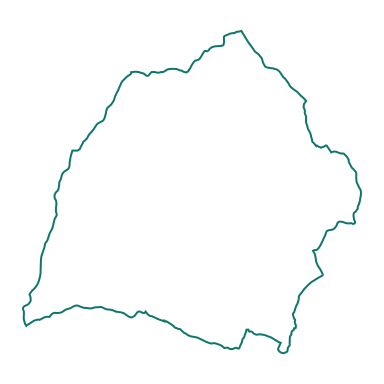 outline of Socorro, Santander, Colombia
{"feature_id": "7082276B29346978372960", "entity_name": "Socorro", "entity_type": "district", "adm_level": 2, "iso_a3": "COL", "parent_name": "Colombia", "parent_adm1": "Santander", "projection": "robinson", "projection_center": [-73.239, 6.466], "detail": "fine", "context": "isolated", "style": "outline", "palette": "teal", "viewbox_px": 384, "rotation_deg": 0, "n_neighbors": 0, "source": "geoboundaries", "source_scale": "gbopen_adm2", "svg_char_len": 5896}
<svg xmlns="http://www.w3.org/2000/svg" viewBox="0 0 384 384"><path d="M131.2,72.1L131.2,73.2L130.5,74.3L127.3,76.4L125.4,78.1L122.2,81.4L121.2,83.1L120.2,85.5L118.9,88.2L118.3,90.2L116.9,92.4L115.8,95.0L115.1,96.2L114.5,98.5L113.7,100.7L111.3,104.4L107.4,107.9L106.3,110.7L105.7,114.1L105.2,115.6L104.6,118.0L103.5,120.1L102.7,120.8L97.7,123.6L96.4,125.0L93.1,130.1L90.3,133.2L89.2,134.5L88.5,135.5L87.0,138.4L85.2,140.3L84.2,141.0L83.3,141.8L83.1,142.7L81.9,144.7L79.6,149.3L77.5,150.6L72.4,150.6L70.8,155.9L69.7,161.9L69.5,166.2L68.9,167.8L68.3,168.8L66.9,169.9L64.5,171.4L63.5,172.4L62.5,173.6L61.8,175.3L61.3,177.4L60.6,179.6L59.8,181.1L59.2,182.8L59.2,184.9L58.4,189.4L57.7,190.6L55.9,192.4L55.2,193.5L54.6,194.9L54.5,196.7L54.9,198.7L55.9,200.2L56.3,202.2L56.4,204.0L56.1,206.9L55.9,209.7L56.0,211.8L56.7,214.1L56.7,215.0L56.2,216.3L54.6,219.0L52.6,227.5L52.0,229.1L50.5,231.7L49.6,233.5L47.6,239.7L47.2,240.7L45.6,242.7L45.1,243.9L44.3,247.8L42.0,254.3L41.3,256.8L40.9,260.5L40.5,273.9L40.0,276.5L39.0,280.4L38.2,282.7L36.7,285.6L33.9,289.1L32.4,290.3L30.2,293.2L29.5,294.5L30.3,296.4L30.7,298.8L30.7,300.5L30.1,301.8L28.8,303.8L27.0,305.0L24.4,306.1L23.7,306.8L23.1,307.8L23.0,308.9L23.9,311.8L23.9,313.1L23.7,318.7L24.8,323.1L25.2,324.1L25.9,325.0L26.3,325.9L27.3,324.9L29.0,324.0L32.4,321.7L34.1,320.7L35.2,320.2L36.3,320.1L37.9,319.5L38.4,319.5L39.4,319.9L40.8,319.3L42.9,318.1L44.5,317.3L46.7,316.8L48.5,316.8L49.2,317.0L49.5,316.9L50.7,315.3L52.3,313.7L54.2,312.8L57.9,313.0L60.8,312.6L62.1,312.0L65.6,309.7L70.9,308.0L72.9,306.7L75.0,305.8L76.2,305.5L77.8,305.6L82.0,307.3L84.5,307.9L86.9,308.0L90.2,308.5L92.1,308.2L94.8,307.4L100.7,307.0L101.9,307.2L104.7,308.6L106.2,309.2L111.0,309.8L112.6,310.2L115.8,311.6L121.2,312.4L124.0,313.3L128.1,316.2L130.4,317.3L131.7,317.4L134.4,316.1L137.3,312.3L138.8,311.5L140.0,311.6L143.3,313.2L144.3,313.1L145.1,312.4L145.6,311.6L148.2,314.8L150.4,316.1L151.8,316.2L159.0,319.5L163.4,321.0L163.6,320.5L164.0,320.4L164.6,320.6L165.0,321.2L165.2,321.7L166.6,321.4L173.4,325.8L174.0,326.8L175.5,327.9L176.6,328.1L177.8,328.8L179.8,329.1L180.5,329.3L181.8,330.8L183.3,332.1L184.2,333.0L185.4,333.3L187.5,334.9L189.7,336.0L192.0,336.6L194.1,336.9L197.5,337.6L206.3,341.9L210.1,343.3L211.9,343.5L213.3,343.2L214.4,343.1L217.2,343.9L220.3,345.1L222.1,346.1L223.9,347.7L224.5,348.0L227.1,347.6L228.1,347.8L229.5,348.8L231.7,349.2L233.3,348.7L235.6,347.8L236.6,347.9L238.0,348.5L238.7,348.6L239.5,347.8L239.9,346.4L241.8,342.4L242.0,341.0L242.6,339.1L244.1,337.2L246.0,331.7L246.5,329.7L248.4,329.6L248.6,329.8L248.7,331.1L249.2,331.5L251.2,331.5L251.9,331.7L253.7,333.5L254.7,334.1L255.9,334.5L257.1,334.7L259.2,334.3L261.6,334.5L263.5,334.8L266.3,335.6L268.4,336.5L271.0,337.4L278.8,342.1L280.7,342.8L278.6,347.5L278.1,348.9L278.2,349.8L279.4,351.5L281.3,352.7L282.5,353.1L283.9,353.1L285.0,352.7L287.0,351.7L287.5,350.8L287.9,347.7L289.5,345.6L289.8,345.0L289.6,343.7L289.9,336.6L290.1,336.1L290.6,335.6L291.3,334.5L291.6,331.8L292.3,330.8L292.7,330.5L293.4,330.4L293.7,330.0L294.2,328.2L295.4,328.2L295.7,328.0L295.9,325.9L295.7,324.7L295.0,323.5L294.8,322.5L294.8,321.7L295.2,320.1L295.1,319.7L294.0,318.5L293.5,316.4L292.9,315.1L293.0,313.7L293.4,313.0L294.1,312.3L295.7,307.2L296.6,305.1L297.4,303.8L298.7,299.6L298.9,296.3L299.6,295.1L301.8,292.4L304.1,289.2L308.1,285.0L311.5,282.0L318.5,277.7L321.4,276.1L322.5,275.4L322.8,274.8L322.7,274.1L320.9,270.5L319.9,268.8L317.9,265.9L316.3,262.2L315.1,254.9L314.6,253.5L313.2,251.2L313.0,250.7L314.7,250.1L316.5,250.0L317.7,249.1L319.2,247.3L320.5,245.1L322.7,240.8L323.8,238.0L324.6,236.6L325.1,235.4L326.2,232.3L326.7,231.4L327.5,230.7L328.6,230.3L332.1,229.7L333.5,229.1L334.3,228.5L335.4,227.3L336.5,225.7L337.0,224.3L337.7,222.7L338.7,221.9L340.0,221.6L341.2,221.7L342.9,222.0L345.8,223.1L349.0,223.5L350.2,223.3L350.8,223.1L351.4,223.2L352.8,223.9L353.8,223.8L354.7,223.3L355.1,222.6L354.9,221.6L354.0,219.1L353.7,217.5L353.5,215.1L353.6,213.9L354.1,212.7L355.2,211.8L355.9,211.4L356.4,210.5L357.6,208.8L357.8,208.1L357.8,206.6L358.2,205.6L358.8,204.7L359.8,201.1L360.9,194.8L361.0,193.5L360.8,190.7L360.5,189.8L359.3,187.8L357.1,183.2L356.7,182.1L356.5,181.1L356.2,177.7L356.3,174.2L356.2,172.9L355.7,171.6L354.4,170.3L353.1,168.8L351.8,167.7L350.5,165.3L348.8,161.8L348.6,160.7L348.7,159.8L346.8,156.6L344.0,153.8L342.6,153.4L341.5,153.6L339.7,153.1L336.2,151.8L334.8,151.5L332.6,151.8L331.7,152.1L331.3,152.4L326.7,145.6L326.3,145.5L325.6,145.6L323.3,146.9L322.7,147.0L321.0,147.7L320.1,147.2L319.0,146.9L317.0,145.6L316.4,146.2L313.9,143.2L312.3,141.7L311.9,139.1L311.1,136.7L311.0,135.8L310.2,133.0L307.8,128.5L307.4,126.4L306.1,122.6L306.0,120.8L306.1,116.3L305.5,115.2L304.7,112.7L304.9,110.4L303.6,107.2L303.7,105.5L304.1,103.8L305.2,102.2L306.2,101.0L303.7,98.2L300.7,95.5L296.9,91.6L294.6,90.1L290.8,87.1L289.5,85.3L288.4,83.2L285.7,79.5L284.5,78.0L283.6,77.6L280.4,72.8L279.4,71.5L278.4,70.5L277.0,69.6L273.4,68.5L270.9,68.1L269.5,67.8L268.4,67.8L265.5,66.9L265.1,66.4L263.3,63.3L262.2,59.8L261.4,57.6L260.2,56.4L259.3,55.1L258.3,54.1L255.7,52.2L254.3,50.7L253.2,48.9L249.4,43.8L247.4,40.8L241.3,30.9L240.2,31.3L238.9,31.6L236.6,31.8L234.4,33.1L232.6,33.1L229.8,33.7L227.9,34.6L224.5,36.0L224.0,36.6L223.9,38.8L224.1,41.8L223.5,44.9L223.1,45.3L221.8,45.8L214.7,46.4L212.5,47.0L211.3,47.6L209.6,48.9L208.6,50.4L207.6,51.2L207.0,51.3L205.6,50.8L205.0,50.8L203.9,51.9L202.8,53.5L201.5,56.0L199.7,58.7L198.6,59.6L196.4,60.4L195.5,60.5L194.8,60.9L193.5,62.4L191.4,65.7L190.1,68.4L188.9,69.9L188.3,71.3L186.9,72.1L186.2,72.4L185.3,72.3L183.2,71.6L181.6,70.6L179.9,70.4L178.4,69.7L176.3,69.0L174.3,68.9L170.5,68.9L168.9,69.1L167.0,69.7L163.7,71.8L162.0,72.1L161.2,72.0L159.8,72.5L157.4,72.7L154.7,72.0L151.8,72.0L150.6,73.0L148.7,75.4L147.7,75.9L146.8,75.9L145.0,74.6L144.4,74.0L143.5,73.5L138.3,72.0L135.5,71.7L132.1,72.1L131.2,72.1Z" fill="none" stroke="#0f766e" stroke-width="2"/></svg>